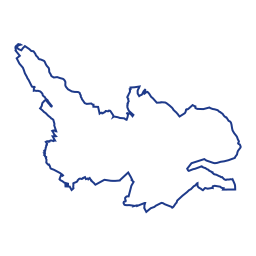 the district of Tureni, Cluj, Romania
{"feature_id": "2599482B36645978156904", "entity_name": "Tureni", "entity_type": "district", "adm_level": 2, "iso_a3": "ROU", "parent_name": "Romania", "parent_adm1": "Cluj", "projection": "orthographic", "projection_center": [23.671, 46.648], "detail": "fine", "context": "isolated", "style": "outline", "palette": "blue", "viewbox_px": 256, "rotation_deg": 0, "n_neighbors": 0, "source": "geoboundaries", "source_scale": "gbopen_adm2", "svg_char_len": 5751}
<svg xmlns="http://www.w3.org/2000/svg" viewBox="0 0 256 256"><path d="M44.9,153.5L44.2,154.9L44.9,155.1L45.1,156.5L46.2,157.0L46.2,157.5L45.9,158.4L46.5,159.7L46.3,162.6L48.0,164.5L48.6,164.9L49.0,164.6L49.6,165.5L50.6,168.4L51.3,168.8L53.8,169.7L60.0,173.0L62.5,174.8L63.0,175.4L62.3,175.9L61.0,175.2L59.5,179.2L60.4,180.2L62.4,181.2L64.2,182.6L68.0,183.7L68.0,185.0L65.4,184.6L65.5,186.4L69.7,186.6L71.6,190.0L73.0,188.8L73.5,188.2L73.2,187.0L73.4,185.0L73.3,183.5L73.4,183.2L76.8,181.8L77.4,181.1L77.6,180.4L79.1,178.9L79.6,178.7L80.1,178.6L81.8,179.0L83.1,178.3L83.0,178.0L85.0,177.1L85.9,179.1L87.8,178.5L88.3,179.3L89.7,178.1L90.2,179.0L91.4,180.4L91.2,180.7L94.0,183.1L94.8,184.2L95.4,184.7L104.4,179.8L111.0,180.8L114.9,180.9L119.8,180.5L120.2,179.9L128.2,172.5L130.8,177.0L132.1,179.7L131.7,180.1L133.6,181.9L131.4,185.7L128.6,196.4L127.3,196.3L126.5,196.5L125.2,197.8L125.1,199.0L125.7,200.4L125.7,201.1L125.5,201.4L124.7,201.4L123.9,201.8L123.6,202.5L123.6,203.2L124.3,204.6L125.0,205.0L126.9,205.2L129.4,205.1L134.1,205.8L133.9,206.1L136.8,205.4L137.0,206.0L144.6,203.0L145.1,203.0L144.4,205.4L144.4,207.3L144.2,207.9L146.3,211.9L150.8,208.2L154.4,206.9L155.8,205.7L161.4,202.9L162.8,203.1L164.9,204.3L171.6,206.9L172.2,207.7L172.5,207.6L173.5,206.7L175.7,203.5L176.6,202.6L177.2,200.6L182.5,195.7L186.9,192.2L189.1,190.1L190.9,189.2L193.8,186.2L194.9,185.7L196.4,184.2L196.7,183.6L197.5,183.2L197.5,185.6L197.6,186.1L198.2,187.0L198.8,187.6L201.0,188.8L201.4,189.3L202.9,190.2L205.1,188.0L207.7,188.7L212.3,187.9L212.7,188.0L212.6,186.9L212.8,186.3L214.7,185.8L220.2,186.7L221.5,187.8L223.6,188.2L223.0,189.6L235.2,189.5L235.1,186.3L234.9,184.8L234.5,183.7L232.6,179.4L232.4,179.6L230.9,179.2L229.1,179.5L226.9,179.5L226.1,179.9L225.6,179.9L224.1,179.2L222.1,177.1L221.2,177.2L220.1,176.4L219.5,176.3L216.5,174.8L215.6,174.5L215.1,174.5L213.9,174.1L213.5,173.6L212.8,173.2L212.5,172.2L211.7,172.2L211.3,171.7L209.2,170.7L208.7,170.3L208.5,169.8L206.8,169.1L205.3,168.0L204.6,167.9L202.6,167.1L202.3,167.0L202.2,166.6L201.5,166.3L199.6,167.1L195.0,168.8L193.1,169.2L188.8,170.9L188.1,170.4L187.2,168.7L191.5,163.2L204.3,159.1L206.3,160.5L213.3,162.9L214.8,163.2L217.1,162.9L220.6,161.8L224.2,161.3L228.5,160.2L234.3,158.1L235.0,157.7L235.2,156.9L237.0,154.5L237.4,152.5L237.8,151.3L238.1,150.7L240.3,147.8L240.6,147.2L240.6,146.4L239.8,144.5L238.5,143.9L238.1,143.2L238.9,141.7L238.8,141.1L237.9,139.5L237.0,136.9L236.2,135.7L234.2,133.2L232.6,130.5L232.1,128.4L231.5,124.7L231.0,122.8L230.2,121.6L228.6,120.8L226.4,117.4L226.0,117.5L224.5,116.4L223.5,115.2L222.6,113.8L220.8,112.6L220.4,112.1L219.4,111.8L217.7,110.2L214.6,109.3L212.7,109.0L210.3,108.1L209.4,107.5L203.4,109.1L197.3,108.9L195.5,108.1L195.3,107.6L195.4,106.4L194.4,106.1L192.6,105.1L188.2,109.0L187.5,109.4L187.0,109.2L186.5,109.3L186.1,109.6L185.6,111.8L184.8,113.2L179.6,116.5L178.6,115.4L178.0,114.4L176.7,113.0L176.4,112.5L175.5,111.8L173.3,109.7L172.9,108.8L172.0,107.7L169.4,105.4L166.4,103.1L165.2,102.5L161.1,102.2L160.9,102.5L156.8,102.7L152.9,98.3L151.1,96.8L149.1,93.6L147.5,91.9L146.1,92.3L144.3,93.8L144.1,93.7L144.8,92.1L145.1,91.6L145.3,90.8L145.2,89.8L145.0,89.7L143.6,91.3L142.4,93.7L141.7,94.8L140.3,95.3L139.2,96.1L137.7,93.6L137.6,90.8L138.2,89.2L138.8,88.3L139.5,86.5L134.3,87.3L130.5,87.5L130.6,89.3L130.4,89.4L129.8,89.3L130.0,91.0L129.9,91.9L128.4,94.8L128.2,95.6L127.5,96.4L127.3,97.4L128.3,98.9L128.1,99.3L128.7,101.3L128.1,102.2L127.9,102.7L128.0,103.1L127.5,103.5L127.7,104.9L127.3,105.2L127.4,105.7L127.3,106.3L127.5,107.0L127.4,107.5L128.8,110.8L133.4,114.9L132.5,116.2L131.7,115.1L130.1,113.7L127.3,113.1L127.1,113.5L128.1,114.1L127.6,116.9L126.6,119.8L126.4,119.8L125.2,119.1L124.4,118.4L123.9,118.3L120.0,118.0L117.7,117.2L113.9,116.5L113.3,116.9L113.4,116.7L113.2,115.3L110.5,111.2L110.1,110.8L109.0,110.6L108.8,111.0L108.2,111.3L105.7,111.0L104.6,112.3L103.9,112.5L102.7,113.3L102.2,113.4L101.7,112.7L100.5,112.9L99.6,113.6L98.1,106.9L93.4,106.7L93.5,104.7L92.6,104.6L91.3,103.5L86.7,103.9L84.7,103.1L82.8,100.3L82.0,99.3L81.6,98.0L81.0,97.2L80.7,96.3L80.8,95.4L80.1,94.3L79.6,92.8L78.0,92.0L74.5,91.9L71.8,91.4L68.0,89.3L66.1,87.0L65.5,85.9L65.3,85.1L65.4,82.4L65.2,81.4L64.3,80.0L63.5,79.2L62.8,78.8L60.1,78.1L57.2,77.1L53.8,77.5L51.6,76.2L51.2,75.7L50.7,74.4L49.4,72.3L49.2,71.4L49.1,69.5L48.7,68.0L46.6,65.6L45.8,64.2L44.6,61.5L44.0,60.9L43.2,60.5L40.5,59.4L39.4,59.3L38.7,58.9L37.8,57.3L36.0,55.5L35.3,53.8L33.7,51.5L33.2,51.2L31.3,51.0L29.2,49.0L24.9,46.1L23.0,48.0L21.3,50.3L18.5,49.1L17.3,47.9L16.9,46.9L17.0,46.5L18.8,45.2L20.7,44.7L20.2,44.4L19.4,44.5L18.6,44.1L18.2,44.2L18.0,44.3L18.1,44.7L16.6,45.5L15.6,46.6L15.4,47.7L15.9,50.3L15.6,50.6L19.8,55.8L16.7,58.3L19.4,63.6L22.9,67.7L23.8,70.0L24.9,73.3L26.9,76.9L27.4,78.2L28.7,80.1L31.6,86.0L32.2,86.8L34.5,86.9L34.6,87.2L33.9,87.8L33.8,90.7L34.5,90.5L36.3,90.9L38.0,90.8L40.1,91.4L41.1,92.2L42.4,93.7L42.8,95.4L43.6,96.2L44.8,97.1L45.4,98.2L46.2,99.1L47.5,100.1L48.3,101.6L51.8,106.0L51.5,106.5L50.8,106.2L49.8,104.7L48.2,103.0L45.7,99.8L44.0,101.2L43.4,102.0L42.5,102.8L42.0,104.5L41.8,105.8L40.7,107.7L40.4,108.0L40.1,108.4L42.5,110.4L43.9,111.9L45.7,113.1L48.2,115.7L50.5,117.5L51.2,118.4L52.4,119.0L53.3,119.8L54.4,123.7L54.4,124.5L54.2,125.3L56.2,131.3L55.5,131.2L54.4,130.4L52.8,130.6L52.2,130.9L53.2,132.3L54.1,134.3L55.9,136.2L55.3,136.3L54.7,136.0L54.4,136.2L52.6,136.3L55.0,140.5L53.9,140.4L53.8,140.9L53.4,141.1L52.4,140.7L51.0,140.4L50.3,140.6L49.7,141.0L49.5,141.6L48.9,141.7L48.9,141.3L48.3,141.2L46.9,141.3L45.8,141.9L47.1,143.7L47.0,144.1L46.6,144.5L46.8,145.0L46.2,145.6L46.1,147.0L45.7,147.5L45.6,148.9L45.2,150.1L44.5,150.5L45.0,151.0L44.5,151.6L44.8,151.6L44.9,152.3L44.7,152.9L44.4,153.2L44.9,153.5Z" fill="none" stroke="#1e3a8a" stroke-width="2"/></svg>